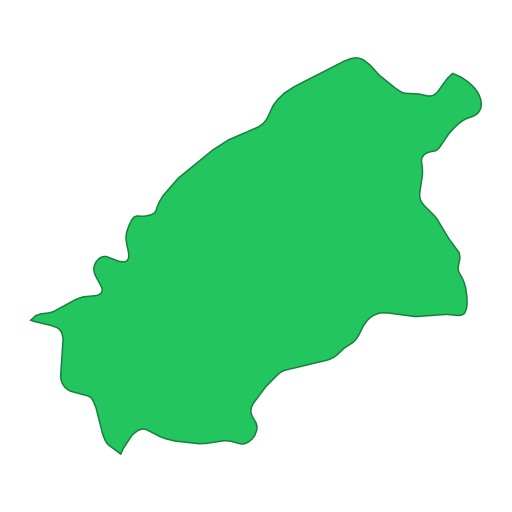 map outline of Al Quassim (Mercator projection)
{"feature_id": "SAU-846", "entity_name": "Al Quassim", "entity_type": "Region", "adm_level": 1, "iso_a3": "SAU", "parent_name": "Saudi Arabia", "parent_adm1": "", "projection": "mercator", "projection_center": [43.262, 25.97], "detail": "fine", "context": "isolated", "style": "filled", "palette": "green", "viewbox_px": 512, "rotation_deg": 0, "n_neighbors": 0, "source": "natural_earth", "source_scale": "10m", "svg_char_len": 2586}
<svg xmlns="http://www.w3.org/2000/svg" viewBox="0 0 512 512"><path d="M452.7,73.4L461.2,77.2L467.1,81.2L472.5,85.9L475.1,88.7L477.3,91.7L479.0,94.8L480.2,98.0L481.0,101.0L481.3,103.7L481.2,106.0L481.2,106.3L480.7,108.2L479.8,110.5L478.1,112.9L475.5,115.0L472.4,116.5L466.1,118.8L462.8,120.6L459.5,122.9L453.7,128.3L448.8,133.8L439.2,147.9L437.0,149.9L435.4,150.8L430.3,151.8L427.1,152.8L424.2,154.6L421.8,157.9L421.4,161.2L422.4,167.9L422.5,174.3L419.7,193.4L419.7,196.5L420.3,199.4L421.8,202.4L423.9,205.3L434.3,215.6L437.4,219.6L449.1,239.1L459.1,252.6L459.3,253.2L460.0,257.8L458.6,264.6L458.0,268.7L458.9,272.2L462.6,278.8L464.3,283.0L465.7,288.2L466.9,296.8L467.1,302.0L466.9,306.1L466.2,309.2L465.3,311.9L463.8,314.1L461.4,315.1L458.6,315.5L446.6,314.4L415.4,316.6L387.5,312.9L381.4,312.9L378.4,313.5L375.5,314.5L372.9,315.7L370.8,317.1L369.1,318.6L367.0,320.7L363.5,325.6L358.6,335.4L356.0,339.4L353.3,342.2L344.0,348.3L336.9,355.0L333.7,357.4L328.4,359.8L284.6,370.3L281.5,371.8L278.3,374.0L265.9,386.6L253.2,403.5L251.4,407.5L250.8,411.0L251.3,413.9L252.6,416.9L256.0,422.8L257.0,426.2L256.8,430.1L254.7,435.5L252.1,439.0L248.9,441.7L245.9,443.3L243.1,444.0L240.6,443.9L230.3,441.1L224.1,440.7L205.5,443.5L198.9,443.7L175.2,441.1L165.9,438.8L160.1,436.7L146.2,429.5L143.4,429.0L140.3,429.5L137.3,430.9L133.7,433.7L131.9,435.4L123.2,448.6L120.7,454.1L109.3,445.6L107.1,443.5L105.4,440.9L102.9,435.0L96.0,407.8L93.8,402.2L91.5,398.2L91.3,397.9L89.8,396.9L87.7,395.8L70.7,391.3L67.7,389.6L64.8,387.2L62.2,383.2L61.1,380.0L60.6,376.7L63.1,339.1L62.6,335.7L61.5,332.2L59.5,329.4L57.0,327.6L51.2,325.5L33.9,321.4L30.7,320.2L35.8,315.6L41.1,313.8L48.9,312.9L53.5,311.6L74.5,300.1L79.4,298.0L83.5,296.8L96.2,295.6L99.2,294.7L101.5,292.7L102.2,290.3L101.9,288.0L101.1,286.2L95.0,274.8L94.1,271.6L93.8,268.4L94.5,265.0L96.2,261.7L99.5,258.1L102.7,256.7L105.4,256.4L107.7,257.0L118.0,261.0L121.2,261.7L124.2,261.9L126.7,261.1L128.3,258.9L128.7,256.3L128.7,254.0L128.5,252.7L126.2,240.8L126.0,237.9L126.2,234.9L126.7,231.9L128.9,225.7L131.8,219.7L133.7,217.3L136.3,216.1L139.1,216.0L142.3,216.3L145.5,216.1L151.7,214.6L154.3,213.1L156.1,210.5L157.0,207.4L159.2,202.2L162.9,195.8L178.3,178.1L212.8,150.0L228.6,139.8L258.5,126.9L263.0,123.7L265.8,120.4L267.8,117.1L273.2,105.4L277.8,99.4L284.2,93.2L294.0,86.8L343.8,61.3L350.2,58.8L353.3,58.1L356.3,57.9L359.3,58.3L362.3,59.3L365.2,61.1L370.1,65.1L379.4,75.3L396.2,88.8L401.9,92.4L405.2,93.3L418.7,94.0L427.5,95.9L430.4,96.0L433.1,95.4L435.5,93.9L437.1,92.5L447.3,78.5L452.7,73.4Z" fill="#22c55e" stroke="#15803d" stroke-width="1.5"/></svg>